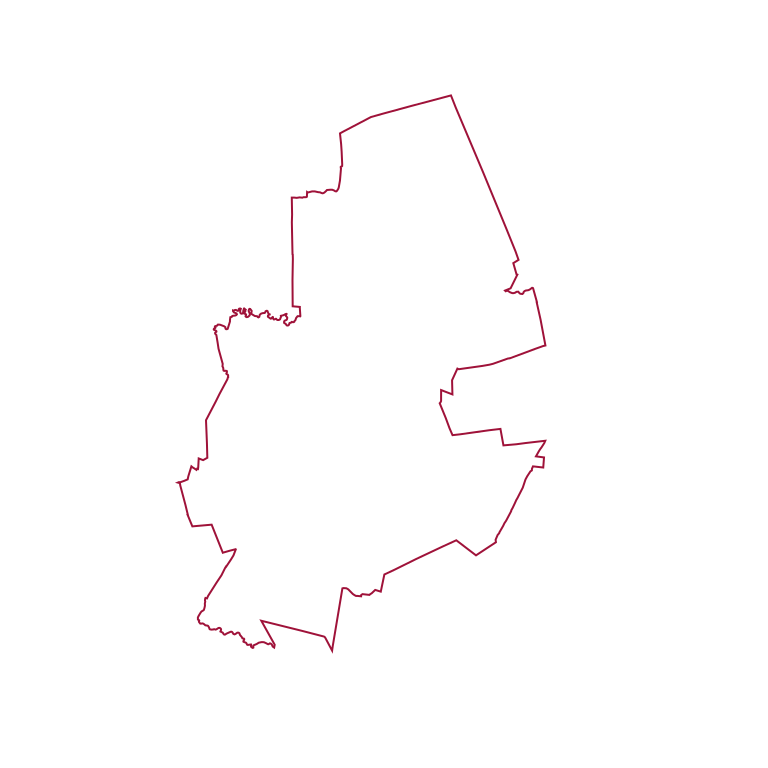 the district of Birda, Timis, Romania, rotated 201°
{"feature_id": "2599482B65688424110437", "entity_name": "Birda", "entity_type": "district", "adm_level": 2, "iso_a3": "ROU", "parent_name": "Romania", "parent_adm1": "Timis", "projection": "natural_earth1", "projection_center": [21.351, 45.422], "detail": "fine", "context": "isolated", "style": "outline", "palette": "rose", "viewbox_px": 768, "rotation_deg": 201, "n_neighbors": 0, "source": "geoboundaries", "source_scale": "gbopen_adm2", "svg_char_len": 6077}
<svg xmlns="http://www.w3.org/2000/svg" viewBox="0 0 768 768"><g transform="rotate(201 384 384)"><path d="M424.9,677.4L457.7,653.7L482.0,635.9L491.9,628.5L511.5,606.2L514.9,602.2L510.0,592.6L506.8,585.7L501.7,574.0L501.2,572.5L501.5,571.9L502.0,571.6L502.2,571.2L501.8,570.2L501.4,569.8L498.0,558.1L496.7,551.4L496.6,550.0L497.1,547.6L497.5,546.8L497.9,546.6L498.8,546.5L500.1,546.8L501.9,546.8L503.8,546.1L506.5,544.8L506.9,544.5L507.1,543.7L508.2,541.5L508.8,540.7L509.5,540.1L510.6,539.9L512.5,540.0L514.2,539.5L517.7,539.0L520.2,538.0L523.7,535.5L524.6,535.7L523.1,531.2L523.7,530.5L526.0,529.6L527.0,528.7L529.6,528.0L532.2,526.5L534.8,525.8L536.9,525.0L530.5,509.2L528.0,502.0L515.9,472.3L515.6,472.2L513.9,468.1L506.7,448.3L497.1,423.8L490.2,425.8L489.7,424.5L486.4,417.4L486.5,417.1L487.1,417.1L489.0,416.3L489.7,414.1L489.6,411.8L490.2,410.4L490.1,409.9L490.5,409.4L491.3,409.0L492.3,409.0L492.5,408.8L492.9,407.8L494.0,407.1L494.1,406.9L493.9,405.5L494.2,404.7L494.5,404.3L495.3,403.9L495.9,403.9L497.5,405.0L498.9,405.1L499.5,405.9L499.6,406.6L499.5,407.4L498.0,408.9L497.8,409.5L498.0,411.1L498.3,411.5L500.0,412.4L500.2,413.2L500.0,414.1L500.1,414.5L500.3,414.5L501.2,413.8L501.6,413.1L502.9,411.9L504.7,410.7L504.2,409.8L504.3,409.0L504.2,407.4L504.3,407.0L505.2,406.0L506.3,405.6L507.3,405.7L508.0,406.2L508.6,406.0L509.5,405.0L510.1,404.8L511.1,405.4L511.6,406.6L512.0,406.6L512.4,405.8L512.7,404.8L513.1,404.4L513.6,404.4L514.7,404.8L516.1,405.0L516.6,405.4L516.8,406.3L516.5,407.2L515.6,407.9L515.7,408.1L516.9,408.1L518.9,410.3L519.6,410.4L520.6,409.5L520.6,408.5L520.8,407.6L522.8,406.6L524.0,405.6L524.4,404.9L524.8,404.0L524.5,402.0L525.1,401.2L525.7,401.2L526.8,401.8L528.5,401.3L529.1,401.2L532.7,401.9L533.3,402.4L533.5,404.0L533.8,404.9L535.8,406.1L536.4,406.0L536.7,405.6L536.7,404.3L536.6,403.9L536.3,403.4L534.7,401.8L534.2,400.9L534.0,399.9L534.9,398.1L535.6,397.5L536.2,397.2L537.1,397.3L537.6,397.7L537.4,399.0L537.7,399.5L538.5,399.7L539.6,399.6L540.5,400.0L540.6,400.4L540.5,400.7L539.6,401.4L539.5,402.3L539.9,403.4L539.8,403.8L541.7,404.4L541.8,404.2L541.6,402.0L541.1,400.0L541.4,399.1L542.1,398.6L543.0,398.6L543.8,399.2L544.6,401.1L544.6,402.9L545.1,403.0L546.0,402.6L546.2,402.4L546.4,401.8L546.1,400.8L546.4,400.1L547.1,399.8L548.8,400.1L549.6,399.7L550.9,398.5L551.3,398.5L551.1,398.0L550.4,397.5L549.7,397.1L546.9,397.0L546.3,396.3L546.6,395.4L547.3,394.7L550.0,393.2L550.2,392.1L551.4,391.3L550.7,388.4L550.2,387.1L549.7,379.5L550.4,378.8L551.1,378.6L551.8,378.9L552.5,380.2L553.9,380.6L558.3,380.6L560.2,380.0L560.5,379.8L560.6,379.0L560.8,378.6L562.4,377.4L562.4,376.8L561.7,376.4L561.5,376.2L561.7,375.7L562.5,374.8L562.6,374.4L562.5,373.9L562.3,373.7L560.3,373.6L559.5,373.3L559.2,372.8L560.0,371.3L559.9,370.9L559.4,370.3L558.1,369.7L554.1,362.9L551.1,357.6L541.8,345.0L541.1,342.5L540.4,342.0L539.8,341.3L538.9,339.4L538.5,339.0L538.2,339.1L537.5,339.1L536.4,339.7L535.3,339.7L534.9,338.8L534.9,337.1L534.4,336.8L533.1,336.7L532.5,336.0L532.2,334.8L531.9,334.6L532.1,333.5L531.9,332.4L534.0,315.7L534.8,307.2L537.2,286.4L528.1,265.3L522.5,251.8L525.6,248.1L530.3,248.1L527.6,239.7L527.2,238.0L528.1,238.0L528.3,236.6L530.8,237.2L532.5,237.5L534.3,238.1L533.6,227.7L533.1,224.6L535.8,222.0L538.6,219.6L539.2,219.2L540.3,218.9L541.1,218.1L539.0,218.3L537.8,216.2L526.0,199.9L520.2,191.5L520.4,191.4L511.9,182.4L494.5,190.9L474.0,168.7L473.4,169.2L468.1,173.2L463.3,176.6L463.1,176.5L463.1,170.0L464.0,165.2L465.9,156.8L466.1,156.9L466.4,155.5L467.2,147.2L469.1,138.8L472.3,123.0L472.4,120.4L474.0,120.3L474.0,119.3L473.5,117.6L472.9,116.8L472.6,114.9L471.7,112.8L471.4,110.9L471.2,108.6L471.7,107.7L472.8,106.3L473.2,105.2L473.9,101.4L474.1,99.4L473.3,97.4L472.0,97.2L471.7,96.9L471.7,96.0L471.5,95.6L469.8,94.5L469.1,94.6L467.8,95.4L467.1,95.5L465.9,95.3L464.3,94.7L462.0,95.2L461.5,95.1L460.2,94.1L459.0,92.7L458.8,92.6L457.2,92.8L455.3,93.7L454.8,94.2L453.1,94.4L452.4,95.1L451.1,96.9L450.4,97.3L449.7,97.4L448.7,97.1L448.2,96.6L448.0,95.9L448.0,94.3L445.5,94.1L444.0,93.0L443.3,92.8L442.6,93.1L441.5,94.6L438.3,97.8L437.5,98.1L436.8,98.0L435.0,96.7L433.8,96.7L433.0,97.5L431.9,99.2L431.2,99.6L430.5,99.7L429.7,99.5L428.5,98.1L426.1,96.8L425.0,95.8L423.6,96.1L423.1,95.8L422.9,95.1L423.1,93.6L423.0,93.2L422.8,93.0L420.2,93.0L419.7,92.8L418.4,91.6L418.0,91.6L417.6,91.6L414.8,93.2L414.5,92.9L414.3,91.7L413.9,91.1L413.4,90.8L412.3,90.6L411.9,90.6L411.5,91.1L412.2,92.7L411.9,93.5L409.7,95.6L408.2,97.6L405.7,99.2L403.6,99.9L401.5,99.8L399.1,99.5L398.5,99.7L397.7,100.9L396.8,101.1L395.4,100.6L393.8,99.0L392.1,98.6L392.6,101.4L413.7,119.0L371.7,124.2L349.6,126.7L348.8,126.6L347.7,125.9L336.9,116.5L338.0,121.3L349.6,178.3L348.6,179.0L345.9,179.8L343.8,179.5L337.9,176.8L335.8,176.3L334.1,176.1L333.3,176.5L329.3,177.6L329.7,178.7L328.8,180.1L322.0,181.9L321.6,182.8L320.5,184.2L318.4,188.6L312.6,189.0L315.4,206.3L307.5,214.5L291.2,232.2L270.5,253.8L260.5,264.0L236.7,257.0L222.8,276.4L224.0,278.6L223.8,283.8L223.0,286.0L223.1,286.8L221.9,294.3L221.7,297.1L221.0,300.1L219.7,310.8L219.9,311.6L219.5,314.4L219.1,319.6L218.9,323.3L218.6,324.8L217.3,337.0L217.7,345.6L217.2,349.4L216.0,354.9L215.0,356.3L215.5,357.9L215.4,360.5L205.4,363.1L208.3,372.8L216.2,370.9L215.3,376.9L214.8,379.4L214.3,381.0L213.2,386.3L213.1,388.8L230.9,379.5L239.0,375.1L250.5,369.5L259.2,383.8L269.1,378.6L295.3,364.1L301.7,360.8L307.0,366.2L314.1,374.3L325.1,386.0L324.7,387.0L324.6,388.5L324.8,389.1L328.5,398.8L316.4,398.8L321.8,411.9L321.0,424.7L319.5,424.6L298.7,436.1L292.5,439.8L289.5,441.9L277.2,452.4L276.5,452.6L275.8,453.2L275.6,453.2L255.2,471.2L249.0,476.5L247.1,477.8L260.9,500.2L270.8,515.1L270.6,515.3L279.2,526.9L280.2,526.9L281.8,524.4L282.9,523.3L285.1,522.1L286.1,521.1L286.6,519.8L286.5,518.6L287.1,517.6L289.2,517.1L290.2,517.4L291.7,518.3L293.4,517.5L294.1,516.4L295.5,515.3L296.9,514.8L299.1,514.8L301.4,515.3L302.7,515.2L303.6,514.2L304.5,514.6L300.1,518.7L298.7,533.9L299.6,533.9L306.6,543.2L302.9,548.1L308.7,554.9L325.5,572.9L367.4,617.2L416.1,667.8L424.9,677.4Z" fill="none" stroke="#9f1239" stroke-width="2"/></g></svg>